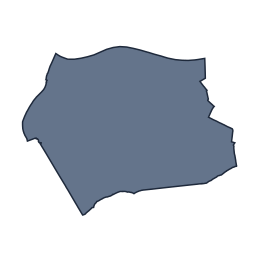 Barendrecht, Zuid-Holland, Netherlands, rotated 174°
{"feature_id": "6326949B83173005742078", "entity_name": "Barendrecht", "entity_type": "district", "adm_level": 2, "iso_a3": "NLD", "parent_name": "Netherlands", "parent_adm1": "Zuid-Holland", "projection": "albers", "projection_center": [4.521, 51.852], "detail": "fine", "context": "isolated", "style": "filled", "palette": "slate", "viewbox_px": 256, "rotation_deg": 174, "n_neighbors": 0, "source": "geoboundaries", "source_scale": "gbopen_adm2", "svg_char_len": 5145}
<svg xmlns="http://www.w3.org/2000/svg" viewBox="0 0 256 256"><g transform="rotate(174 128 128)"><path d="M44.4,189.2L47.7,189.0L51.2,188.8L54.3,188.7L61.0,188.9L64.9,189.4L67.6,189.8L70.1,190.3L73.6,191.0L74.3,191.2L81.0,193.3L84.6,194.8L87.6,196.1L90.2,197.1L94.3,198.7L99.4,200.9L101.0,201.5L107.6,204.2L114.3,206.6L119.1,208.1L120.0,208.4L121.0,208.7L127.6,209.8L134.3,209.6L140.9,208.5L147.5,206.4L154.1,204.3L154.5,204.2L158.5,203.5L160.7,203.1L167.3,202.3L174.0,202.0L174.3,202.0L180.6,202.7L181.1,202.9L183.8,204.2L186.4,205.5L187.3,206.0L187.6,206.2L187.8,206.3L189.6,207.6L190.3,208.2L192.0,209.6L195.2,204.0L196.8,201.2L198.0,199.2L199.0,197.6L199.8,195.9L200.3,194.8L200.7,193.8L201.2,192.7L202.1,190.8L202.5,190.6L202.7,190.0L202.8,189.8L203.0,189.3L203.4,188.7L203.5,188.4L203.6,188.1L203.7,187.7L203.8,187.5L203.9,187.0L204.1,186.3L204.1,186.0L204.3,185.6L204.4,184.8L204.4,184.7L204.5,184.6L204.0,184.4L204.0,184.0L203.7,183.8L203.6,184.0L203.5,183.9L203.8,183.5L204.0,183.2L204.4,182.5L204.3,182.2L204.6,181.7L204.4,181.6L204.8,180.6L205.0,179.9L205.3,179.2L206.3,177.2L206.6,176.7L207.2,176.0L207.3,175.7L208.5,174.4L209.1,173.9L210.4,172.7L210.8,172.4L216.0,168.2L216.5,167.6L218.1,166.1L219.5,164.6L220.7,163.0L222.3,161.1L223.4,159.7L224.5,158.2L225.3,157.0L226.5,155.3L227.2,154.4L228.4,152.3L229.5,150.5L230.8,148.0L231.7,146.2L231.9,145.8L232.2,145.1L232.5,142.5L232.6,141.1L232.7,138.4L232.6,137.3L232.4,135.7L232.1,134.5L232.1,134.1L231.6,132.6L231.3,131.5L229.8,128.2L229.7,127.8L229.4,125.5L221.3,127.6L221.1,127.3L220.8,127.1L220.2,127.4L219.6,126.4L219.1,126.6L218.6,125.9L218.3,125.1L218.4,124.6L218.4,124.2L218.3,123.8L218.4,123.7L218.2,123.3L217.9,123.0L217.9,122.9L215.9,122.3L216.3,121.1L216.8,121.2L213.6,114.4L212.0,111.0L209.2,104.9L207.6,101.4L204.3,94.2L200.4,85.8L198.6,82.0L197.7,80.1L196.0,76.5L196.0,76.3L195.2,74.6L194.0,72.1L188.2,59.2L186.7,56.0L186.2,54.8L184.2,50.5L182.2,46.2L180.9,46.4L180.7,46.5L180.0,46.8L179.6,46.9L179.3,47.0L179.2,47.1L178.8,47.6L178.7,47.7L178.5,47.9L178.3,48.0L177.9,48.3L177.7,48.4L177.3,48.7L176.1,49.5L175.7,49.7L175.1,50.2L174.0,51.0L173.5,51.3L173.4,51.5L172.4,52.2L172.1,52.6L171.7,52.6L170.5,52.6L170.4,52.9L170.3,53.3L170.2,53.7L170.0,54.0L169.9,54.4L169.8,54.5L169.6,54.9L169.5,55.1L169.3,55.4L169.0,55.8L168.6,56.3L167.6,57.0L166.7,58.2L166.2,58.2L165.8,58.3L164.9,58.7L164.3,58.9L162.7,59.7L161.9,60.0L161.5,60.1L160.8,60.4L160.2,60.7L160.0,60.8L159.5,61.0L158.8,61.2L157.2,61.6L156.8,61.6L156.2,61.6L155.5,61.6L155.2,61.7L154.5,61.9L154.0,62.0L153.5,62.1L153.0,62.1L152.7,62.2L152.2,62.4L151.8,62.5L151.6,62.6L151.4,62.7L150.2,63.3L150.1,63.6L149.9,63.6L149.6,63.4L147.9,64.1L147.6,64.2L146.2,64.7L144.7,65.2L144.1,65.3L142.6,65.7L141.5,65.6L141.4,65.6L140.0,65.4L140.0,65.5L139.9,65.5L139.8,65.4L139.3,65.4L138.9,65.4L138.0,65.3L137.9,65.3L136.8,65.0L136.6,65.0L135.9,64.6L135.2,64.3L134.6,64.4L134.4,64.3L134.0,64.3L133.9,64.3L133.5,64.2L131.6,63.5L131.3,63.4L131.1,63.4L131.0,63.5L130.4,63.1L129.7,62.7L129.4,62.4L129.2,62.3L129.0,62.1L128.8,62.1L128.6,62.3L128.2,62.5L126.4,63.3L124.8,63.8L123.0,64.3L122.5,64.3L121.1,64.6L119.3,64.7L117.8,64.7L109.5,64.7L98.5,64.8L73.2,64.9L65.5,64.9L60.5,65.0L60.6,64.8L59.0,64.8L55.7,65.0L55.3,65.2L55.0,65.4L53.6,66.2L53.3,66.4L52.5,66.7L51.8,66.9L51.4,67.0L51.2,67.0L50.8,67.2L50.3,67.5L49.6,67.9L49.2,68.2L48.3,68.6L48.2,68.6L47.8,68.8L47.0,69.2L46.2,69.5L45.5,69.8L44.7,70.2L44.6,70.4L44.5,70.5L44.1,70.7L43.7,70.9L43.2,71.1L42.3,71.2L42.0,71.2L41.5,71.4L40.9,71.5L40.4,71.5L40.0,71.6L39.5,71.9L39.3,72.0L39.2,72.1L38.9,72.3L38.5,72.6L38.4,72.6L37.4,73.2L36.9,73.6L36.7,73.7L36.7,73.8L36.2,74.0L35.8,74.2L34.6,74.9L34.5,75.0L34.4,74.9L34.0,75.2L33.4,75.5L33.0,75.6L32.8,75.7L32.4,76.0L32.0,76.1L31.7,76.3L30.6,76.7L30.2,76.9L29.8,77.0L28.9,77.5L28.6,77.6L27.7,78.0L26.9,78.0L26.6,78.1L26.4,78.2L26.1,78.3L25.8,78.5L25.5,78.5L25.4,78.5L24.9,78.6L24.4,78.6L23.4,78.6L23.6,78.6L23.8,78.7L23.9,79.0L24.1,79.2L24.1,79.4L24.1,79.6L24.1,80.4L24.2,81.8L24.3,83.2L24.3,84.9L24.4,85.9L24.4,86.4L24.6,89.5L24.8,90.6L24.9,91.6L24.9,92.3L24.9,93.1L24.9,93.9L24.9,94.7L24.9,95.5L24.9,96.6L24.9,97.0L24.6,98.8L24.7,99.0L24.7,99.3L24.9,99.8L25.0,100.0L24.3,100.9L23.8,101.5L23.3,102.1L26.5,103.5L26.3,104.3L25.1,109.4L24.9,110.4L24.3,113.1L24.0,114.1L24.0,114.4L24.0,114.9L24.0,115.0L24.1,115.5L24.3,116.1L24.4,116.3L26.5,117.6L27.6,118.2L28.5,118.7L29.5,119.3L30.3,119.9L31.3,120.5L31.9,121.0L32.7,121.4L34.1,122.3L34.7,122.7L36.3,123.6L36.8,123.9L39.0,125.4L39.6,125.8L39.8,125.9L40.2,126.1L41.4,126.8L42.4,127.4L43.2,127.9L43.4,128.1L43.9,128.4L44.2,128.6L45.1,129.2L46.8,130.3L44.2,134.8L43.0,136.8L42.6,137.5L41.7,138.7L41.4,139.0L40.5,140.2L40.4,140.1L40.0,140.5L40.9,141.2L41.4,142.0L43.6,144.4L44.9,145.9L45.4,146.5L45.7,147.0L45.8,147.1L45.8,147.3L45.7,147.4L45.7,147.5L45.3,148.1L45.2,148.2L45.1,148.3L45.1,148.5L45.3,149.9L46.0,156.2L46.2,156.6L45.5,157.1L45.6,157.4L45.8,157.8L46.6,158.8L47.0,159.4L47.5,160.4L47.7,160.6L48.0,161.1L48.3,161.4L50.8,165.5L51.6,166.9L50.2,167.4L48.8,168.1L46.8,169.0L45.9,169.4L45.4,175.3L45.4,175.5L44.9,181.9L44.4,189.2Z" fill="#64748b" stroke="#1e293b" stroke-width="1.5"/></g></svg>